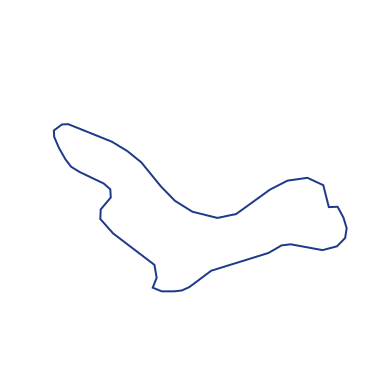 Bonaire, Natural Earth projection, rotated 134°
{"feature_id": "NLD-5149", "entity_name": "Bonaire", "entity_type": "Special Municipality", "adm_level": 1, "iso_a3": "NLD", "parent_name": "Netherlands", "parent_adm1": "", "projection": "natural_earth1", "projection_center": [-68.284, 12.166], "detail": "fine", "context": "isolated", "style": "outline", "palette": "blue", "viewbox_px": 384, "rotation_deg": 134, "n_neighbors": 0, "source": "natural_earth", "source_scale": "10m", "svg_char_len": 695}
<svg xmlns="http://www.w3.org/2000/svg" viewBox="0 0 384 384"><g transform="rotate(134 192 192)"><path d="M269.9,130.9L275.7,135.7L284.5,144.8L288.1,153.8L278.3,157.8L270.5,168.4L276.6,220.0L275.1,239.2L267.9,245.6L252.4,246.6L246.8,252.7L247.2,261.4L255.7,286.8L257.8,296.4L256.4,305.8L252.7,318.4L248.1,329.4L243.7,334.1L233.8,332.5L229.2,328.2L211.5,284.6L207.5,267.0L205.9,249.0L209.6,218.2L210.2,198.1L205.9,178.0L193.0,155.7L177.1,144.9L136.2,137.6L117.5,131.2L101.6,118.8L95.9,102.3L107.8,83.1L101.5,77.0L105.2,65.3L110.6,55.6L118.7,49.9L130.4,50.0L143.2,57.8L161.0,84.6L168.2,90.5L182.6,94.6L235.3,123.5L262.3,127.9L269.9,130.9Z" fill="none" stroke="#1e3a8a" stroke-width="2"/></g></svg>